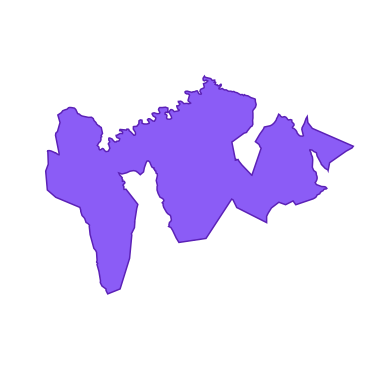 San Juan Quiotepec, Oaxaca, Mexico (Albers equal-area conic projection), rotated 101°
{"feature_id": "50627088B77784683352212", "entity_name": "San Juan Quiotepec", "entity_type": "district", "adm_level": 2, "iso_a3": "MEX", "parent_name": "Mexico", "parent_adm1": "Oaxaca", "projection": "albers", "projection_center": [-96.65, 17.673], "detail": "fine", "context": "isolated", "style": "filled", "palette": "violet", "viewbox_px": 384, "rotation_deg": 101, "n_neighbors": 0, "source": "geoboundaries", "source_scale": "gbopen_adm2", "svg_char_len": 6026}
<svg xmlns="http://www.w3.org/2000/svg" viewBox="0 0 384 384"><g transform="rotate(101 192 192)"><path d="M180.3,341.1L192.1,338.4L199.4,339.6L217.6,334.4L223.2,324.7L228.5,299.1L231.0,297.8L232.5,297.4L236.1,295.4L237.5,293.4L238.6,292.2L242.1,290.2L242.8,288.2L244.1,286.3L245.3,286.3L253.2,283.9L266.0,277.6L267.7,275.5L269.4,274.2L277.4,272.1L278.9,272.3L279.3,272.1L279.8,271.2L280.4,271.0L281.3,271.4L287.7,268.2L296.6,264.9L298.5,264.7L301.5,262.4L303.6,257.9L305.1,257.6L308.1,255.3L300.9,244.1L269.0,240.6L245.7,242.9L244.6,243.5L238.0,241.7L232.2,242.4L232.2,242.6L218.5,243.1L214.5,242.8L201.9,257.3L202.4,259.2L200.6,259.9L200.1,259.7L199.3,260.2L198.9,260.9L198.1,261.0L195.9,259.6L195.5,259.7L194.7,260.3L194.3,261.1L194.8,262.3L194.6,262.5L193.1,262.4L192.2,263.3L191.2,263.3L189.1,266.2L187.3,267.5L187.7,264.2L185.6,259.8L183.4,256.8L182.2,253.6L182.1,251.3L183.2,248.8L184.9,246.1L181.5,243.4L177.3,243.4L171.8,242.6L170.2,242.0L169.8,240.7L170.7,239.2L174.7,236.5L175.5,235.6L175.6,233.9L176.6,233.9L176.9,233.1L178.1,232.5L178.2,231.7L180.5,230.7L180.7,229.6L182.6,229.1L187.6,229.3L192.1,227.2L193.4,227.3L196.7,226.7L200.0,224.9L203.2,222.4L204.1,219.4L205.4,218.1L206.2,218.0L208.3,219.2L208.8,218.2L210.6,217.8L212.5,216.8L216.6,213.3L217.9,211.7L219.1,208.8L220.1,208.2L223.4,206.9L224.9,207.3L226.1,208.3L228.4,208.4L229.4,208.0L230.3,208.4L230.9,206.0L233.5,203.6L240.2,198.7L244.0,195.2L234.9,169.4L191.4,151.7L191.9,150.2L198.7,145.1L207.8,112.9L201.6,114.1L198.2,113.2L192.5,111.0L185.5,104.8L186.6,97.7L181.5,91.1L184.7,87.7L175.6,71.8L174.3,70.2L173.1,69.2L171.0,68.6L169.4,66.3L167.7,65.8L166.4,64.6L165.9,63.8L164.1,62.9L163.3,60.7L162.7,60.3L161.6,61.8L161.5,63.3L161.9,65.7L161.0,71.1L160.3,72.0L159.2,72.9L158.2,72.3L156.2,71.8L154.4,71.8L152.8,72.3L151.4,73.2L149.9,73.6L148.8,74.2L147.7,76.6L144.8,78.6L137.6,79.6L134.6,80.5L131.9,82.4L131.3,82.4L129.6,83.5L129.0,84.2L128.6,84.4L128.0,84.3L128.0,82.1L129.1,80.0L129.7,77.4L132.7,76.1L138.8,71.1L140.2,70.3L143.4,65.8L144.4,62.8L144.9,62.5L137.0,62.5L122.4,48.4L118.2,43.3L116.3,42.4L106.6,86.0L101.8,91.5L96.0,93.3L98.2,94.1L103.2,94.8L107.9,96.2L109.7,96.1L115.5,93.4L116.1,94.2L116.4,96.3L115.9,97.7L114.2,99.9L112.6,100.8L111.2,102.3L110.1,104.3L110.1,105.3L109.8,105.7L109.2,105.8L107.0,104.6L106.3,104.7L105.6,105.1L104.1,107.3L102.3,107.8L102.1,109.0L102.9,111.1L102.5,111.9L100.9,113.6L100.5,114.7L100.4,115.7L101.3,117.6L101.2,118.3L100.8,119.3L99.6,120.5L99.1,121.8L101.6,122.2L103.7,122.9L105.4,123.1L108.1,124.3L109.7,125.4L111.1,126.6L112.1,128.0L114.4,133.4L116.6,133.9L122.3,136.5L130.5,139.4L132.5,135.3L134.8,133.7L135.8,132.5L164.1,136.4L164.0,136.8L155.9,148.2L153.0,151.6L151.3,153.0L151.8,153.9L151.7,154.3L152.3,154.7L152.5,155.4L151.5,155.3L151.3,155.5L151.5,155.8L135.4,162.4L124.3,152.1L123.1,149.8L122.0,149.5L116.8,146.8L115.8,145.6L113.9,145.2L110.0,146.2L107.8,146.3L103.2,147.2L101.2,147.8L100.2,147.7L96.7,145.9L94.4,145.7L93.6,145.8L91.2,147.0L88.9,147.6L88.6,148.1L88.1,152.1L86.9,155.5L87.0,157.7L86.5,159.2L87.5,159.6L86.7,161.4L87.3,162.9L86.0,166.5L85.8,169.1L85.3,170.1L85.9,171.8L85.6,173.0L86.1,175.4L85.2,177.9L85.6,179.8L84.6,182.1L85.6,183.9L85.6,185.0L85.5,185.3L84.6,185.3L83.5,184.3L82.1,183.7L81.2,183.7L80.7,184.2L82.5,185.7L82.8,186.4L82.7,186.9L82.5,187.4L82.1,187.5L82.3,187.9L81.9,189.9L80.1,189.6L79.8,189.8L80.0,191.1L78.7,190.8L77.8,191.1L78.6,193.4L77.1,195.2L76.9,200.2L76.6,201.4L75.9,201.9L77.7,202.7L78.7,202.8L80.1,202.3L80.6,201.2L79.6,199.7L79.5,199.1L80.0,197.7L82.1,199.1L83.5,201.4L86.6,200.0L87.5,200.2L89.4,202.9L90.1,203.3L91.7,203.4L93.6,201.6L94.2,201.7L94.5,202.9L94.2,204.2L92.5,205.4L91.7,206.2L92.0,207.2L93.0,208.5L93.4,210.1L94.2,211.1L93.9,216.0L94.4,217.5L95.2,218.0L96.3,217.3L96.7,215.9L96.5,214.6L96.8,213.5L97.4,212.9L102.7,213.4L103.7,212.8L104.8,210.4L105.2,210.3L106.1,212.4L105.9,213.7L106.8,216.9L105.5,218.8L105.0,220.4L105.7,222.7L106.6,222.4L107.9,220.6L108.8,220.9L110.1,222.1L110.3,223.3L111.0,223.2L113.2,221.8L114.0,220.2L114.4,220.2L115.2,221.4L116.5,224.9L115.3,226.4L115.0,227.5L115.2,228.6L118.2,230.1L118.8,229.2L121.7,226.8L123.4,226.1L124.3,226.8L124.9,228.1L125.1,230.2L124.2,231.1L121.6,231.2L120.8,232.1L120.9,233.1L120.5,233.3L119.4,233.5L118.6,232.8L118.6,231.3L116.6,231.2L114.2,231.7L113.8,234.2L114.8,237.4L115.2,239.7L116.1,240.4L117.2,240.6L117.8,240.5L119.9,238.8L120.7,238.8L121.3,239.3L121.8,241.1L121.5,244.3L122.3,245.9L123.0,246.1L124.9,244.5L125.7,242.1L126.2,241.7L127.5,241.6L129.7,242.4L129.8,243.8L128.2,247.4L128.4,248.7L129.4,249.5L129.8,249.4L130.8,248.2L132.2,247.2L132.8,247.2L133.9,249.4L134.4,252.3L133.9,254.2L132.0,254.5L131.0,254.9L131.1,256.5L132.2,257.6L135.2,257.2L138.1,258.8L138.8,261.6L139.1,262.0L141.5,261.6L144.2,259.0L146.0,258.5L147.1,258.9L147.4,259.8L144.5,263.9L143.8,265.4L142.8,265.9L142.5,266.4L142.7,267.9L143.7,268.2L144.3,274.5L145.0,274.8L145.6,274.7L145.5,273.5L145.8,272.3L146.5,271.5L147.9,271.4L148.2,273.7L150.5,276.3L150.9,277.3L152.1,276.8L152.9,276.0L153.4,273.2L154.4,273.1L155.5,273.3L156.0,273.8L156.6,275.7L157.3,276.0L157.6,277.3L156.8,278.8L155.2,280.6L154.7,282.9L154.8,283.6L155.1,283.9L156.9,283.6L158.0,282.5L158.9,282.4L160.2,283.3L160.9,283.3L161.4,282.7L164.8,281.0L167.8,281.9L168.1,282.4L168.8,284.2L168.0,285.7L166.6,287.1L166.4,287.7L166.4,288.3L167.8,289.5L168.2,290.3L168.1,290.9L167.5,291.4L165.6,292.0L164.4,293.9L161.1,292.7L160.0,291.7L158.8,291.4L157.5,291.4L156.0,291.9L155.3,291.6L155.0,291.2L153.8,292.0L151.6,291.0L146.0,293.4L145.3,295.2L144.9,295.5L144.8,296.4L143.4,298.7L142.2,299.5L140.5,301.9L138.8,302.9L137.8,304.9L138.5,307.9L138.4,314.2L137.9,316.1L137.1,317.3L136.8,319.2L133.2,321.8L132.1,323.4L132.1,326.1L132.3,328.0L132.8,329.2L134.7,330.6L135.4,332.1L136.9,334.4L139.0,335.4L142.0,338.4L149.0,334.8L158.3,335.6L160.2,336.9L162.4,336.8L179.3,329.9L180.7,329.6L180.8,330.6L179.5,333.5L179.7,334.0L179.3,335.0L178.6,338.3L178.6,340.1L179.0,341.5L179.6,341.6L180.3,341.1Z" fill="#8b5cf6" stroke="#5b21b6" stroke-width="1.5"/></g></svg>